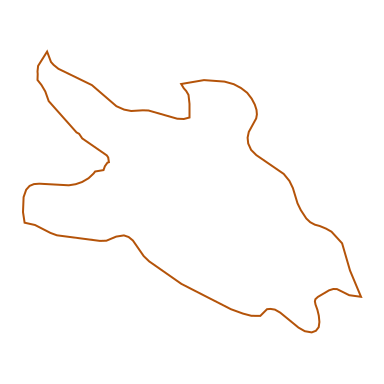 SVG path tracing the border of Hòa Bình
{"feature_id": "VNM-459", "entity_name": "Hòa Bình", "entity_type": "Province", "adm_level": 1, "iso_a3": "VNM", "parent_name": "Vietnam", "parent_adm1": "", "projection": "orthographic", "projection_center": [105.329, 20.711], "detail": "fine", "context": "isolated", "style": "outline", "palette": "amber", "viewbox_px": 384, "rotation_deg": 0, "n_neighbors": 0, "source": "natural_earth", "source_scale": "10m", "svg_char_len": 1430}
<svg xmlns="http://www.w3.org/2000/svg" viewBox="0 0 384 384"><path d="M361.0,296.8L349.2,295.2L337.0,289.1L333.3,289.0L329.1,290.3L317.9,296.9L315.4,299.2L314.9,301.4L315.5,304.5L317.4,309.8L318.8,315.7L319.4,322.0L318.7,327.2L315.9,330.8L311.7,332.4L304.8,331.2L298.5,327.6L280.2,312.6L274.9,309.6L270.4,308.9L267.0,309.2L260.3,315.9L251.4,315.8L243.0,313.6L230.9,309.2L181.4,283.9L149.2,261.4L143.7,256.1L132.9,240.5L128.6,237.0L123.9,235.4L116.2,236.6L106.4,240.7L99.9,240.9L56.9,235.3L50.4,232.9L35.0,225.0L24.6,222.7L23.0,212.1L23.6,197.1L26.2,189.7L29.6,185.9L33.9,184.1L39.4,183.7L68.8,185.3L75.7,184.2L82.1,182.0L88.6,178.2L93.6,173.5L95.1,171.5L103.5,170.1L104.9,166.2L107.4,162.7L108.9,162.2L108.2,157.5L106.8,155.4L82.2,138.4L79.1,133.8L76.5,132.4L48.7,101.1L45.3,91.5L41.4,84.9L37.5,80.0L37.7,74.0L37.5,71.5L38.1,65.9L47.1,51.6L51.0,62.0L53.6,64.9L58.4,68.8L91.9,85.1L116.4,106.2L124.1,109.6L131.2,111.0L142.9,110.3L148.5,110.5L177.2,118.7L183.8,119.0L189.5,117.5L189.5,103.9L188.5,94.9L186.2,91.0L183.8,88.3L181.2,84.0L204.0,80.1L224.5,81.6L233.8,84.2L241.1,88.1L247.2,92.8L251.7,98.7L254.8,104.6L256.5,109.9L256.9,114.4L256.2,118.4L248.8,131.9L247.6,137.7L248.2,143.5L251.1,149.9L256.3,155.1L283.7,173.9L289.4,180.9L292.9,188.1L297.5,203.3L300.8,210.1L306.3,218.5L310.2,222.2L314.9,224.7L319.7,226.0L326.0,228.6L331.5,231.7L342.1,243.3L350.0,270.5L361.0,296.8Z" fill="none" stroke="#b45309" stroke-width="2"/></svg>